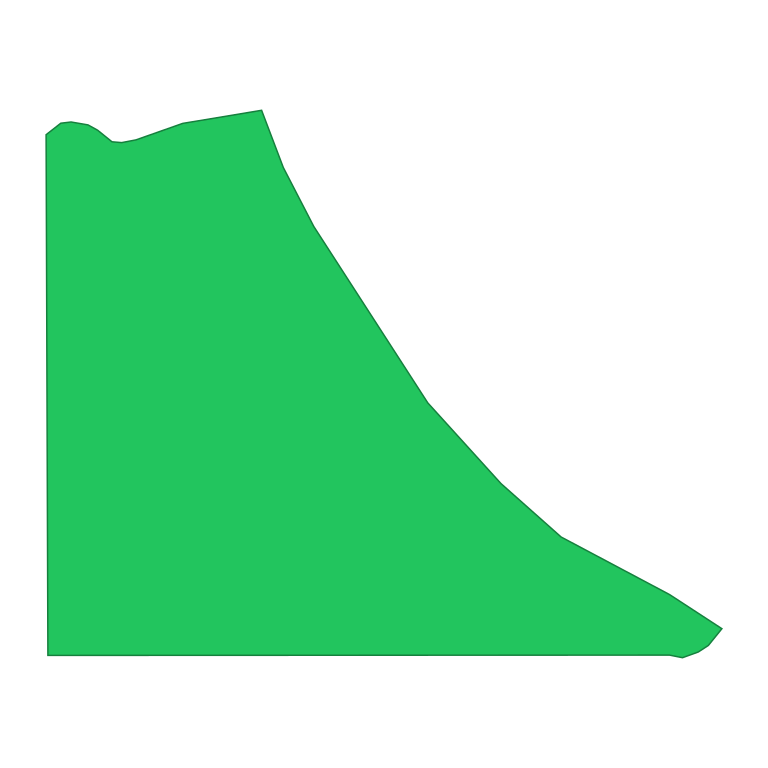 Maekel, Albers equal-area conic projection
{"feature_id": "ERI-1561", "entity_name": "Maekel", "entity_type": "Region", "adm_level": 1, "iso_a3": "ERI", "parent_name": "Eritrea", "parent_adm1": "", "projection": "albers", "projection_center": [39.01, 15.365], "detail": "fine", "context": "isolated", "style": "filled", "palette": "green", "viewbox_px": 768, "rotation_deg": 0, "n_neighbors": 0, "source": "natural_earth", "source_scale": "10m", "svg_char_len": 401}
<svg xmlns="http://www.w3.org/2000/svg" viewBox="0 0 768 768"><path d="M47.9,655.4L46.1,134.7L60.8,123.2L71.1,122.0L88.0,124.9L97.6,130.2L112.0,141.8L121.7,142.6L135.9,139.9L182.7,123.4L261.6,110.3L283.3,167.5L313.8,226.5L427.8,402.9L501.0,483.6L561.1,537.0L669.6,594.6L721.9,628.7L708.4,645.4L698.3,652.0L682.5,657.7L669.5,655.1L47.9,655.4Z" fill="#22c55e" stroke="#15803d" stroke-width="1.5"/></svg>